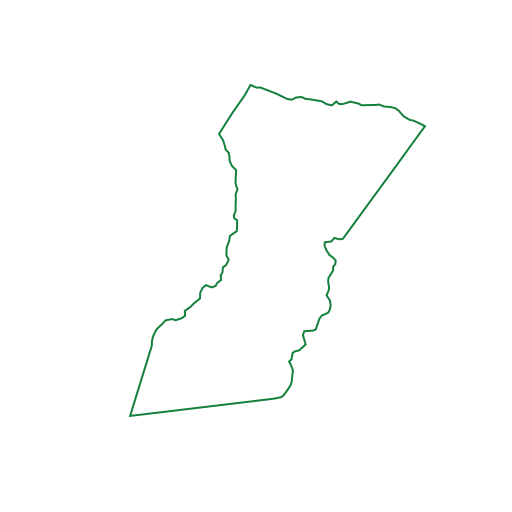 the district of Orocó, Pernambuco, Brazil, rotated 215°
{"feature_id": "56859067B75752294715592", "entity_name": "Orocó", "entity_type": "district", "adm_level": 2, "iso_a3": "BRA", "parent_name": "Brazil", "parent_adm1": "Pernambuco", "projection": "mercator", "projection_center": [-39.584, -8.455], "detail": "fine", "context": "isolated", "style": "outline", "palette": "green", "viewbox_px": 512, "rotation_deg": 215, "n_neighbors": 0, "source": "geoboundaries", "source_scale": "gbopen_adm2", "svg_char_len": 1856}
<svg xmlns="http://www.w3.org/2000/svg" viewBox="0 0 512 512"><g transform="rotate(215 256 256)"><path d="M267.4,52.8L159.4,149.5L156.7,152.3L154.1,155.2L153.4,158.9L153.4,166.2L153.6,169.7L154.3,172.8L160.4,183.8L164.4,186.4L168.4,188.6L167.6,191.7L170.4,197.6L169.3,200.4L166.5,203.4L164.6,212.1L172.2,218.1L173.3,222.1L166.7,227.4L164.9,230.0L168.1,241.1L167.9,245.0L164.4,250.8L164.6,254.0L166.4,258.1L169.8,262.0L175.6,264.2L176.8,269.8L178.4,272.5L181.9,276.0L184.0,279.4L184.5,288.1L186.7,291.8L186.3,294.7L188.2,298.0L191.8,298.9L196.6,299.0L202.2,301.4L206.1,304.1L207.5,306.7L202.6,311.1L202.2,315.7L197.6,317.3L194.7,319.9L192.8,415.1L192.4,441.2L192.2,451.6L192.0,459.2L195.3,458.9L204.3,457.3L208.5,455.6L215.1,455.1L222.9,457.0L227.3,456.8L231.6,455.0L237.0,451.8L241.8,450.8L244.1,448.8L247.6,446.2L255.9,440.1L259.3,439.7L267.4,436.5L269.0,434.1L272.6,429.7L275.5,428.1L278.8,428.6L280.3,422.9L285.5,420.8L290.6,420.5L295.4,418.3L300.9,415.7L305.6,413.1L309.4,412.5L311.9,410.8L314.4,408.4L316.2,404.7L320.5,402.5L332.2,400.7L349.1,396.5L352.0,394.3L358.6,392.9L357.7,384.1L357.4,380.3L357.4,373.8L357.4,359.2L356.3,334.8L349.4,331.9L344.8,328.4L341.9,325.8L337.6,324.9L334.6,322.0L332.2,318.8L327.2,315.9L321.4,314.9L319.4,311.5L314.7,304.1L312.6,302.2L309.4,300.0L308.0,294.7L305.2,291.2L300.9,284.5L298.6,281.4L297.4,276.5L295.4,274.4L292.0,274.5L288.2,269.0L286.0,265.2L287.2,262.2L288.9,257.5L286.6,252.8L284.9,246.1L280.7,239.6L276.4,237.5L275.6,234.4L275.4,230.7L276.6,227.9L274.0,223.1L273.9,220.1L270.9,216.2L272.3,211.6L271.9,208.3L274.3,204.9L280.3,203.4L281.4,199.5L280.7,194.1L277.5,189.0L279.4,182.7L280.5,176.8L282.8,170.2L279.8,166.4L281.2,162.4L284.9,157.4L288.6,156.2L293.2,151.4L294.0,145.7L295.3,139.6L295.2,136.5L294.1,130.7L292.3,126.4L289.9,122.8L267.4,52.8Z" fill="none" stroke="#15803d" stroke-width="2"/></g></svg>